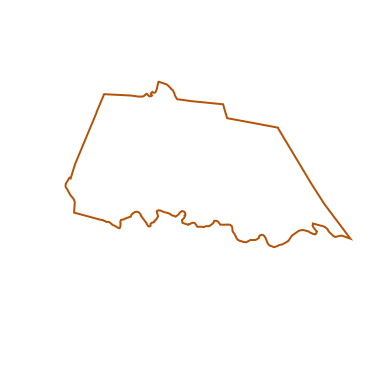 Zvishavane Urban, Midlands, Zimbabwe, rotated 324°
{"feature_id": "62879985B32453879798080", "entity_name": "Zvishavane Urban", "entity_type": "district", "adm_level": 2, "iso_a3": "ZWE", "parent_name": "Zimbabwe", "parent_adm1": "Midlands", "projection": "equal_earth", "projection_center": [30.044, -20.326], "detail": "fine", "context": "isolated", "style": "outline", "palette": "amber", "viewbox_px": 384, "rotation_deg": 324, "n_neighbors": 0, "source": "geoboundaries", "source_scale": "gbopen_adm2", "svg_char_len": 5893}
<svg xmlns="http://www.w3.org/2000/svg" viewBox="0 0 384 384"><g transform="rotate(324 192 192)"><path d="M113.5,100.9L101.8,109.7L101.2,108.4L94.5,111.3L94.2,111.6L92.9,113.3L92.7,113.9L92.6,116.6L92.3,118.9L92.2,119.5L91.8,123.1L92.1,128.2L91.3,131.2L85.7,137.9L84.5,139.4L102.1,161.2L103.3,162.1L103.3,162.5L103.6,163.0L103.8,163.3L104.2,164.1L104.5,164.4L104.8,165.1L104.8,165.3L105.0,165.4L105.4,166.1L106.4,166.8L106.7,166.9L107.3,167.6L107.4,167.9L107.4,168.1L107.8,169.1L108.1,170.7L108.6,172.4L109.0,172.9L109.6,173.9L109.8,174.5L110.0,174.7L110.2,175.5L110.5,175.8L110.6,176.3L111.4,178.0L111.8,178.3L112.1,178.7L113.0,178.3L113.8,177.6L114.3,177.3L114.7,176.8L114.8,176.4L115.6,175.4L115.9,175.3L116.1,174.6L116.3,174.4L116.3,174.1L116.9,173.6L117.7,173.2L118.1,172.9L118.4,172.9L118.5,173.1L119.5,173.4L120.5,174.0L121.0,174.2L122.2,174.2L123.5,174.6L123.9,174.6L124.4,174.8L124.6,175.0L125.0,175.1L125.5,175.1L127.9,175.9L128.2,175.9L128.5,175.7L129.0,175.2L129.7,174.9L129.8,174.7L131.0,174.7L131.4,174.5L132.1,174.5L132.6,174.7L134.2,174.6L135.2,175.1L135.3,175.3L135.9,175.6L136.8,176.8L137.1,177.6L137.1,177.9L137.2,178.3L137.2,179.7L137.1,180.3L137.1,180.9L137.0,181.4L136.8,181.6L136.7,181.6L136.9,190.2L136.8,190.4L136.8,190.9L136.6,191.3L136.6,191.9L136.5,192.3L136.5,193.8L136.8,194.1L136.9,194.6L138.4,195.1L138.6,195.1L138.9,194.7L139.0,194.5L139.4,193.7L139.7,193.4L141.5,193.3L141.9,193.5L142.2,193.5L142.6,193.8L142.8,194.0L143.8,194.0L143.9,193.8L144.1,193.8L144.7,193.5L144.9,193.5L144.9,193.3L147.0,193.3L147.3,192.9L147.7,192.7L148.2,192.7L148.7,192.6L149.1,192.2L149.9,191.9L150.1,191.9L150.4,191.4L150.7,190.7L150.7,190.4L151.2,189.4L151.2,189.0L151.6,188.0L151.6,187.8L151.7,187.5L152.3,186.8L152.9,186.8L153.7,187.2L154.1,187.1L154.6,187.5L155.0,188.0L155.3,188.1L155.4,188.5L155.8,188.9L156.4,189.9L156.9,190.6L157.0,190.9L157.3,191.3L157.6,191.8L157.9,192.1L158.9,193.4L159.4,193.9L159.8,194.5L160.2,194.9L160.5,195.2L160.7,195.7L161.0,196.5L161.3,196.9L161.5,197.7L161.7,197.9L162.1,199.0L162.3,199.3L162.6,199.8L163.4,200.8L163.7,201.3L163.9,201.6L164.2,202.3L168.3,202.2L170.0,201.5L172.7,201.5L173.4,202.3L173.7,202.8L174.1,203.3L174.1,204.6L173.8,205.3L173.8,205.8L172.8,206.8L172.6,206.8L172.7,207.0L172.3,207.2L172.0,207.5L171.3,207.9L170.8,208.0L170.0,208.5L168.6,208.6L168.2,208.7L167.7,208.7L167.5,208.9L167.4,208.9L167.1,209.1L166.9,209.8L166.4,210.8L166.4,211.1L166.2,211.3L169.5,216.2L170.2,215.9L171.0,216.4L171.2,216.7L171.6,216.8L173.2,216.8L173.5,217.0L174.9,217.5L175.7,218.4L175.8,218.8L176.0,218.9L176.0,221.3L175.9,221.9L175.9,223.3L179.6,225.9L180.5,227.0L181.0,227.4L182.9,227.7L184.2,228.5L184.3,228.5L184.7,229.0L185.9,229.6L186.3,229.6L186.7,229.8L190.5,229.7L190.9,229.5L191.4,229.5L191.6,229.3L192.0,229.2L192.2,228.8L192.6,228.5L193.0,228.3L193.5,228.6L195.0,230.0L195.3,230.5L195.7,231.6L195.7,235.1L196.2,235.3L198.3,237.1L199.0,237.6L199.9,238.0L200.3,238.4L200.6,238.7L200.8,238.9L201.0,238.9L201.1,239.0L201.5,239.2L201.9,239.5L202.5,239.8L202.8,240.2L202.8,240.3L203.1,240.5L203.6,241.1L204.0,242.3L204.0,243.8L203.9,244.1L201.8,247.5L201.8,247.8L201.7,248.2L201.7,251.3L201.6,251.6L201.6,252.0L201.5,252.3L201.5,252.7L201.3,253.2L201.3,253.7L201.2,253.8L201.2,254.5L200.9,255.2L200.9,255.7L201.0,257.7L201.6,258.8L201.6,259.1L201.8,259.5L202.0,259.6L202.3,260.0L202.4,260.3L202.7,260.5L203.2,261.1L203.4,261.4L203.6,261.8L203.8,261.9L203.9,262.1L204.0,262.4L204.7,263.1L205.9,264.1L206.1,264.4L206.4,264.4L206.7,264.6L207.2,264.7L207.9,264.7L208.4,264.9L208.9,264.9L209.2,265.0L210.0,265.0L211.4,265.3L212.5,266.3L214.2,267.4L214.5,267.8L215.5,268.2L217.4,268.4L217.9,268.5L219.1,268.5L219.3,268.3L219.7,267.8L219.8,267.8L219.8,267.7L220.0,267.5L221.5,267.0L221.9,267.3L223.0,267.6L223.3,267.8L223.5,267.8L224.3,268.8L224.6,269.6L224.6,270.8L224.5,271.1L224.5,272.3L223.2,277.4L223.1,277.8L223.1,280.1L223.2,280.3L223.5,280.9L223.6,281.1L223.6,281.4L224.6,282.6L225.0,283.4L225.2,283.7L225.4,284.1L225.9,284.7L226.5,285.2L227.1,285.2L228.1,285.5L228.8,285.9L229.4,286.0L231.3,286.1L233.8,287.3L235.6,287.7L236.4,287.7L237.0,287.9L238.3,287.9L238.7,288.0L239.2,288.0L239.7,288.2L241.2,288.1L241.6,288.0L241.8,288.0L247.2,286.0L255.6,286.2L256.0,286.4L256.5,286.4L258.3,287.4L259.2,287.7L259.6,288.2L259.8,288.3L262.4,291.5L262.8,292.1L263.2,292.6L263.7,294.4L264.4,295.3L264.5,295.6L264.8,295.9L264.8,296.1L265.0,296.7L265.6,297.4L265.8,297.6L266.4,298.2L266.5,298.6L266.8,298.7L267.3,298.7L267.7,298.5L268.2,298.5L268.3,298.4L269.6,297.5L269.6,297.3L269.8,297.3L269.8,296.7L269.6,296.5L269.5,291.3L269.7,290.3L269.8,290.3L271.3,288.6L277.7,296.5L278.1,296.9L278.3,297.2L279.0,298.5L279.1,299.2L279.4,300.0L279.7,301.5L279.7,303.0L279.5,303.3L279.5,304.2L279.4,304.3L279.4,304.5L280.4,310.1L280.5,310.6L280.8,311.1L280.9,311.6L281.1,311.8L281.1,312.0L281.2,312.3L281.3,312.5L286.6,314.7L287.1,315.0L287.7,315.7L287.8,315.7L292.7,322.8L292.0,279.8L293.4,255.5L299.1,191.1L299.3,191.1L299.5,190.6L263.8,152.9L268.7,139.3L245.2,118.4L235.0,108.6L234.8,108.6L234.5,107.9L234.9,103.9L235.4,102.7L236.2,99.5L236.3,99.2L236.3,98.2L236.1,97.9L235.9,96.7L235.9,96.2L235.7,96.0L235.7,95.0L235.6,94.9L235.6,94.2L235.5,93.9L235.5,93.1L235.3,92.7L235.3,92.4L235.2,92.1L235.2,91.7L234.9,90.6L234.8,90.2L229.9,83.2L229.5,83.2L226.6,85.7L224.6,87.6L221.6,89.6L221.4,89.6L221.0,89.8L220.7,89.8L220.3,89.8L219.9,89.6L219.3,89.2L219.0,88.8L218.9,88.5L218.9,88.3L218.7,88.2L218.7,87.8L217.7,87.8L216.5,88.2L216.4,88.4L216.4,90.4L216.2,90.5L215.4,90.5L214.4,89.9L214.0,89.7L213.6,89.2L213.6,88.7L213.5,88.4L213.5,87.9L213.3,87.4L213.3,86.6L213.2,86.4L213.2,86.1L213.0,85.9L212.5,85.9L212.1,85.8L211.1,85.8L211.1,86.0L209.0,86.0L208.6,85.8L208.3,85.8L207.5,85.3L206.7,84.7L206.3,84.5L205.5,83.9L205.0,83.6L204.7,83.2L199.2,78.0L198.6,77.5L178.4,61.2L162.0,71.1L161.7,71.5L113.5,100.9Z" fill="none" stroke="#b45309" stroke-width="2"/></g></svg>